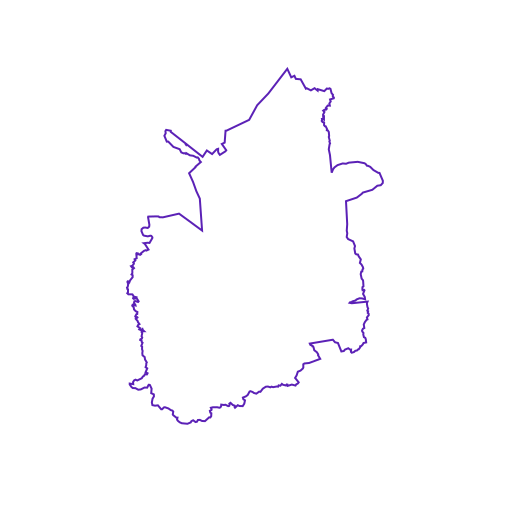 the district of San Pedro Lagunillas, Nayarit, Mexico, rotated 27°
{"feature_id": "50627088B36429080609607", "entity_name": "San Pedro Lagunillas", "entity_type": "district", "adm_level": 2, "iso_a3": "MEX", "parent_name": "Mexico", "parent_adm1": "Nayarit", "projection": "orthographic", "projection_center": [-104.74, 21.167], "detail": "fine", "context": "isolated", "style": "outline", "palette": "violet", "viewbox_px": 512, "rotation_deg": 27, "n_neighbors": 0, "source": "geoboundaries", "source_scale": "gbopen_adm2", "svg_char_len": 6130}
<svg xmlns="http://www.w3.org/2000/svg" viewBox="0 0 512 512"><g transform="rotate(27 256 256)"><path d="M273.4,432.5L274.6,430.9L277.5,431.4L278.6,430.5L278.7,428.5L280.4,427.5L282.8,427.5L285.5,426.3L287.5,421.0L288.6,420.6L288.8,419.1L287.6,416.4L286.4,416.3L285.2,414.9L286.2,413.5L286.0,412.7L284.7,411.7L286.2,410.4L290.0,408.4L292.3,407.8L293.0,407.0L293.1,405.7L292.5,404.2L295.1,403.3L296.3,402.4L299.4,402.4L300.2,401.7L299.8,400.0L299.3,399.6L299.9,398.4L303.0,399.3L305.0,399.0L305.5,399.3L305.5,400.3L306.2,400.7L307.5,397.2L309.3,397.2L312.3,395.8L312.6,392.9L311.7,389.6L309.8,389.4L308.6,388.1L310.7,385.7L311.7,383.6L311.8,379.7L312.4,379.0L314.7,378.7L316.2,379.0L318.8,378.5L320.4,375.4L321.6,375.0L322.3,371.1L324.1,368.0L325.9,366.9L328.4,366.5L329.1,365.4L330.8,365.1L333.8,362.8L335.0,362.4L334.9,361.0L336.6,360.5L337.1,358.2L338.4,358.5L341.4,357.8L341.5,357.2L341.9,357.1L341.8,356.5L342.4,356.3L343.2,357.3L346.3,354.3L350.0,353.5L350.1,352.2L351.2,350.5L351.4,349.2L346.2,346.9L346.4,344.0L345.8,340.1L347.7,337.9L348.8,335.0L348.8,333.9L347.3,331.0L347.9,329.8L351.9,327.2L359.9,318.5L356.3,316.2L356.1,315.4L353.9,314.1L350.7,313.5L348.5,311.0L347.5,310.5L347.2,310.8L346.7,310.4L344.8,310.5L343.7,309.6L362.5,295.7L365.6,297.0L368.5,296.3L375.4,302.3L377.4,300.8L377.7,299.1L380.1,296.3L382.3,296.7L383.2,296.2L384.1,298.3L385.2,298.7L386.9,297.1L387.5,295.4L388.9,294.3L389.5,292.6L389.9,292.4L390.3,290.0L389.8,289.2L390.7,288.4L391.3,286.4L391.3,284.7L393.4,283.0L391.6,280.3L390.5,279.3L389.0,279.3L387.2,277.2L386.7,275.8L384.9,275.0L384.3,274.2L384.3,272.3L385.2,271.0L383.1,268.1L383.0,265.5L383.5,262.6L384.1,261.9L382.7,260.4L383.3,257.5L382.5,256.2L381.4,256.0L381.0,254.3L380.0,254.2L379.8,251.9L378.5,250.9L376.7,248.5L376.2,247.5L376.1,246.0L362.8,254.6L360.7,255.2L360.9,254.4L362.1,254.0L362.4,252.8L364.9,250.4L365.3,249.1L367.4,246.7L369.6,245.7L372.8,245.0L371.5,243.1L368.6,241.2L368.2,237.3L367.7,237.1L366.5,238.1L365.9,237.4L365.0,235.4L365.5,234.2L362.9,229.8L362.4,229.1L360.4,228.2L357.5,224.6L356.9,222.1L357.7,221.5L357.0,219.6L357.3,218.6L356.5,217.5L353.9,215.7L351.7,215.0L350.9,211.4L347.7,209.7L346.2,208.4L344.6,209.0L343.3,208.7L340.2,204.6L339.7,202.2L335.9,198.9L330.4,199.1L328.2,197.9L327.0,194.3L325.4,192.3L322.8,186.2L311.3,166.3L319.3,158.2L322.0,152.6L322.4,151.0L329.6,144.2L332.2,138.3L335.0,136.3L335.8,133.4L334.9,131.4L328.3,125.9L327.2,126.4L321.6,126.1L317.3,124.7L314.8,124.8L314.0,125.2L311.8,124.2L310.5,124.1L303.9,125.9L296.3,130.7L294.4,132.9L291.2,134.2L287.4,138.0L285.7,141.4L285.3,143.7L285.6,147.4L276.1,132.5L272.4,127.9L270.8,122.9L270.9,122.1L269.4,120.7L269.4,119.8L266.8,116.9L266.7,115.9L264.6,112.5L263.0,111.5L262.0,111.8L261.5,110.5L259.2,108.8L258.5,109.1L257.2,108.5L256.2,106.3L255.2,106.2L254.6,106.5L253.2,105.8L253.2,104.8L252.6,104.0L253.8,103.4L254.6,103.6L253.2,100.8L252.6,101.4L251.6,99.6L251.6,96.6L249.9,96.0L250.5,94.8L252.1,93.6L252.2,92.9L251.3,92.9L251.0,92.5L251.6,89.4L253.5,88.5L252.1,86.8L252.4,84.4L250.9,82.9L253.7,80.2L253.4,79.4L252.4,79.2L251.7,78.6L251.5,77.5L249.4,76.6L246.5,73.3L245.4,73.2L244.4,74.3L243.1,74.6L242.0,78.1L235.4,79.3L235.9,80.7L232.0,79.9L229.7,83.5L225.0,83.5L224.5,84.3L215.6,78.3L211.1,80.1L208.4,78.0L206.3,80.8L198.9,75.0L193.2,105.7L188.6,121.1L188.1,137.8L172.9,157.6L172.0,158.2L176.6,169.2L174.7,171.7L181.5,175.3L181.2,176.7L177.9,182.3L176.1,181.4L174.9,180.3L173.6,177.7L172.5,178.8L170.6,185.1L164.3,184.3L163.4,191.9L143.7,188.0L143.5,188.8L142.9,188.5L143.3,187.9L123.7,184.1L123.2,183.1L118.7,184.4L118.6,185.9L119.8,187.6L119.8,190.5L124.6,194.6L125.9,193.9L132.9,196.3L139.5,195.5L142.4,197.6L144.9,197.4L145.8,196.8L147.1,196.8L147.1,196.0L151.4,196.3L154.6,195.2L158.5,195.2L159.3,194.6L161.0,195.3L162.3,196.6L164.2,197.3L161.5,203.9L161.8,204.3L158.8,212.6L166.3,218.6L173.4,225.3L179.9,230.4L196.4,257.8L168.2,253.2L155.5,263.8L152.3,265.3L151.3,265.0L149.3,265.9L142.1,269.8L142.2,270.4L146.9,276.7L147.5,278.4L146.8,280.2L144.4,280.9L142.8,281.9L141.9,284.0L142.6,285.8L145.8,288.5L147.0,288.7L150.7,287.6L152.6,285.9L153.6,285.6L155.2,286.4L155.5,287.1L155.2,292.7L153.4,293.4L150.3,295.5L151.5,295.7L157.3,299.1L155.9,300.9L155.1,300.9L153.9,302.2L152.2,306.0L152.8,306.5L152.2,307.6L150.8,307.6L150.1,308.1L149.5,307.3L148.3,307.7L148.3,308.3L150.7,312.2L149.3,314.0L150.5,314.8L149.5,317.4L150.5,317.9L150.7,318.6L150.2,320.9L149.3,321.8L150.5,322.4L151.8,321.7L152.8,322.2L151.9,324.2L153.6,327.4L153.5,329.0L154.8,329.1L155.7,330.9L154.9,334.8L155.1,336.8L154.2,336.4L153.2,336.8L153.2,337.5L154.6,337.9L154.5,339.0L155.0,339.3L155.7,341.8L155.4,342.7L156.5,343.9L157.1,343.8L158.5,346.7L158.2,347.6L159.7,348.1L163.3,346.3L165.4,347.5L165.7,349.5L166.5,349.7L168.0,348.5L167.1,347.3L168.3,347.0L168.5,347.6L172.0,349.7L171.8,350.5L168.8,351.0L168.2,351.5L168.6,353.4L170.5,354.1L171.1,354.8L168.2,355.5L168.3,356.5L170.3,357.2L171.6,359.0L173.9,359.8L175.7,359.7L176.5,361.6L175.9,362.1L175.8,364.6L176.4,365.0L178.0,364.4L178.3,364.6L177.4,366.6L180.3,367.8L180.8,368.5L183.1,369.6L182.3,370.9L182.3,372.5L185.5,372.9L185.3,374.4L187.2,374.3L188.0,372.6L188.7,373.3L190.4,373.8L189.0,374.5L188.6,375.7L189.6,376.2L190.5,379.5L191.6,380.2L191.8,381.5L190.8,382.7L190.9,383.4L192.5,383.4L193.4,384.6L194.3,384.8L194.6,388.2L195.7,388.5L196.8,390.8L198.1,392.1L198.8,394.2L200.0,396.0L202.7,396.6L204.1,398.6L207.0,400.4L207.0,401.5L207.8,403.2L208.1,405.2L210.1,405.5L210.4,409.7L212.6,409.7L212.6,411.0L210.6,411.9L210.7,413.4L209.9,414.8L209.7,416.8L206.7,420.8L204.8,420.9L203.9,422.1L203.7,424.2L204.8,425.9L201.4,427.0L201.8,427.8L204.6,429.3L206.2,429.6L208.5,428.5L211.8,428.6L213.9,427.2L216.4,423.8L218.8,422.7L218.8,419.8L219.0,419.3L220.0,419.1L223.2,421.6L224.9,425.8L227.8,425.7L228.8,427.5L228.6,430.1L229.7,433.8L231.4,435.9L234.0,435.2L236.4,433.6L241.1,435.6L241.9,435.2L242.7,432.7L243.5,432.1L247.2,431.6L250.1,432.0L251.7,431.7L252.9,432.2L253.8,435.0L254.5,435.4L258.4,436.2L259.4,435.7L259.9,437.6L261.2,438.3L263.5,438.8L265.8,438.7L271.1,436.6L273.4,433.9L273.4,432.5Z" fill="none" stroke="#5b21b6" stroke-width="2"/></g></svg>